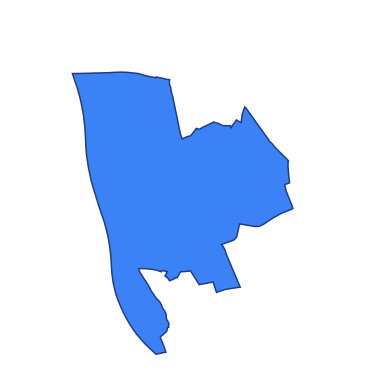 Druten, Gelderland, Netherlands (orthographic projection), rotated 254°
{"feature_id": "6326949B94625978297128", "entity_name": "Druten", "entity_type": "district", "adm_level": 2, "iso_a3": "NLD", "parent_name": "Netherlands", "parent_adm1": "Gelderland", "projection": "orthographic", "projection_center": [5.596, 51.869], "detail": "fine", "context": "isolated", "style": "filled", "palette": "blue", "viewbox_px": 384, "rotation_deg": 254, "n_neighbors": 0, "source": "geoboundaries", "source_scale": "gbopen_adm2", "svg_char_len": 5674}
<svg xmlns="http://www.w3.org/2000/svg" viewBox="0 0 384 384"><g transform="rotate(254 192 192)"><path d="M338.8,109.7L335.2,109.9L329.2,110.1L323.5,110.4L322.4,110.4L320.1,110.4L314.8,110.3L309.7,110.1L307.2,109.9L304.3,109.7L296.2,108.9L294.0,108.6L291.4,108.1L285.2,107.1L282.5,106.6L274.5,104.8L270.3,103.8L267.1,103.0L263.8,102.3L262.3,102.0L260.0,101.5L258.5,101.2L255.7,100.7L248.8,99.8L243.2,99.1L230.3,98.2L217.4,98.3L213.3,98.4L203.4,98.6L198.9,98.8L192.4,99.2L189.4,99.3L186.6,99.4L182.0,99.3L179.6,99.3L175.0,99.1L171.1,98.8L167.7,98.5L163.6,98.0L160.9,97.6L152.9,96.3L146.1,94.8L136.6,92.7L132.7,92.1L126.5,91.2L126.0,91.2L124.3,91.1L122.7,91.0L117.7,90.8L114.0,90.8L111.7,90.9L110.6,90.9L100.9,91.9L97.0,92.5L95.1,92.8L92.6,93.3L88.9,94.0L81.4,95.9L78.0,97.0L76.3,97.5L73.7,98.5L70.9,99.4L67.0,101.2L64.7,102.3L61.2,103.9L59.9,104.5L56.0,106.7L54.7,107.4L49.3,110.7L46.6,112.2L46.0,112.6L45.2,122.8L51.4,122.4L51.5,122.5L53.8,122.2L55.8,122.0L56.9,121.9L57.8,121.8L60.8,121.5L61.2,121.5L61.5,121.8L62.3,123.0L62.2,123.6L62.5,124.3L64.3,127.7L64.5,128.2L64.6,128.5L64.9,129.0L65.0,129.2L65.3,129.5L67.2,130.5L67.8,130.8L68.4,131.2L68.5,131.2L68.4,132.2L68.8,132.3L69.7,132.6L71.1,133.3L71.5,133.4L72.2,133.5L72.5,133.5L73.8,133.3L75.8,132.7L77.3,132.5L77.7,132.5L78.1,132.6L79.9,133.1L80.3,133.2L81.0,133.3L81.7,133.3L82.4,133.3L82.7,133.3L83.4,133.2L85.5,132.8L86.2,132.7L86.5,132.5L87.7,132.0L88.0,131.8L88.3,131.8L89.2,131.7L90.4,131.5L91.7,131.5L92.2,131.5L93.4,131.2L95.6,130.5L96.4,130.2L97.2,129.8L98.5,129.0L100.0,128.3L101.0,127.8L101.8,127.6L103.7,127.1L105.0,126.6L108.0,125.6L109.6,125.2L110.4,125.1L110.7,125.0L112.4,124.8L113.0,124.6L114.8,124.1L116.7,123.6L118.9,123.0L120.2,122.5L122.0,121.9L123.4,121.5L125.4,121.0L125.9,120.9L127.3,120.4L128.6,120.0L130.3,119.6L130.9,119.5L131.2,119.5L131.6,119.5L132.2,119.7L132.8,119.7L132.9,119.8L132.7,120.5L132.6,121.1L132.1,123.0L131.8,124.1L131.5,125.2L130.3,128.2L128.9,131.8L128.7,132.3L126.5,136.6L126.3,136.9L124.7,139.1L123.9,140.3L124.6,140.6L124.6,141.1L124.0,143.1L123.8,143.5L122.8,145.4L122.4,146.1L121.8,145.4L121.6,145.6L120.4,144.7L120.0,144.3L118.8,142.9L118.2,143.4L118.0,143.6L117.6,143.7L117.4,143.8L117.2,143.9L117.1,144.0L117.3,144.4L117.2,144.5L116.6,144.7L116.0,145.0L115.3,145.2L112.8,146.0L112.9,146.5L113.1,148.0L113.4,150.8L113.5,150.9L113.7,151.0L113.8,151.1L113.8,154.3L116.7,157.2L117.4,157.9L118.2,158.7L118.3,158.8L118.4,159.0L118.4,159.5L118.2,160.4L118.0,161.1L117.7,162.1L117.3,164.2L117.1,165.6L116.9,166.7L116.6,168.8L115.9,169.0L101.0,173.4L101.0,173.7L100.7,175.9L100.5,178.1L100.4,179.0L100.4,179.6L100.3,180.0L100.2,180.8L99.8,185.8L99.7,186.9L99.7,187.5L88.7,187.9L88.9,190.9L89.2,196.4L88.7,200.7L88.0,206.7L87.4,211.2L87.2,212.1L99.5,210.6L109.6,209.4L115.1,208.8L117.0,208.5L121.8,207.9L123.0,207.8L125.7,207.7L126.9,207.7L127.9,207.6L129.2,207.3L132.0,206.5L132.3,206.4L133.4,205.8L133.4,206.2L133.9,213.0L134.0,214.8L134.2,216.7L134.3,218.8L134.5,219.5L135.0,220.3L136.2,222.4L136.5,222.6L145.2,227.3L147.6,228.5L148.2,228.8L148.2,229.0L147.8,229.8L147.7,230.0L146.8,232.0L145.2,235.2L144.3,237.1L143.3,239.2L142.3,241.4L141.8,242.4L141.6,242.8L141.5,243.1L141.2,243.9L140.9,245.1L140.8,245.5L140.7,246.1L140.6,247.2L140.6,247.8L140.6,248.2L140.7,248.6L140.7,249.0L140.8,249.4L140.9,249.9L141.0,250.2L141.2,251.5L141.6,252.9L141.7,253.4L142.7,256.2L142.9,256.9L143.2,258.0L144.5,261.8L144.7,262.4L144.7,262.5L145.1,264.1L145.8,267.5L146.2,269.1L146.7,271.2L146.8,272.3L147.3,276.9L148.2,284.4L148.9,284.4L149.4,284.4L151.1,284.4L153.7,284.2L156.2,283.8L157.4,283.7L166.9,282.8L169.7,282.9L171.8,283.0L173.5,283.1L173.6,284.7L173.9,288.3L175.8,288.7L176.0,288.7L181.8,289.6L182.2,289.7L188.7,291.1L188.8,291.1L189.0,291.0L191.6,291.8L195.3,293.0L195.4,292.9L195.5,293.2L197.7,292.1L202.9,289.2L209.3,285.6L212.1,284.1L213.4,283.5L213.9,283.3L214.2,283.2L214.8,283.0L216.6,282.2L217.0,281.9L217.3,281.8L218.4,281.0L219.1,280.5L219.6,280.2L220.2,280.1L220.9,280.2L232.5,276.0L242.2,272.5L247.6,270.6L252.2,269.0L255.3,267.9L257.8,267.0L259.2,266.2L255.4,263.4L253.9,262.4L252.8,261.6L252.5,261.5L252.3,261.3L251.4,261.1L247.2,259.2L246.7,259.0L245.3,258.6L245.6,258.0L246.1,257.4L246.5,256.9L249.0,254.6L247.8,253.2L246.9,252.0L246.1,250.9L245.3,249.8L243.9,248.4L243.0,247.4L245.2,247.2L245.4,245.9L245.5,245.5L245.7,244.9L246.7,242.1L247.1,240.7L247.2,240.4L247.4,239.8L247.7,239.5L250.6,236.2L250.8,235.9L250.9,235.7L252.0,234.0L253.3,232.1L252.8,229.8L252.3,226.5L251.8,223.7L251.5,221.8L251.3,220.4L251.2,220.3L251.1,220.0L251.0,219.3L250.8,218.6L250.5,217.4L250.3,216.5L250.3,216.2L251.0,215.2L251.8,214.0L252.0,213.7L251.9,213.5L250.4,211.7L249.5,210.5L246.6,206.5L246.6,206.3L246.5,206.1L246.4,205.6L246.5,204.2L246.6,203.4L246.6,202.9L246.3,200.6L245.7,197.2L249.7,196.9L251.0,196.9L251.6,196.9L256.4,197.2L262.4,197.7L262.6,197.7L266.7,198.1L272.4,198.5L277.5,198.9L287.8,199.7L288.4,199.8L288.9,199.8L291.7,199.7L293.3,199.8L294.9,199.8L295.4,199.9L296.6,200.0L296.9,200.0L297.7,200.3L298.4,200.4L301.1,200.1L301.4,200.1L301.7,200.1L302.4,200.1L303.6,200.5L304.3,200.7L305.1,201.0L306.1,201.5L306.6,200.4L306.8,199.9L307.1,199.2L308.3,197.0L309.3,195.2L312.0,190.2L312.5,189.1L312.4,189.0L311.8,188.8L312.2,187.9L314.7,182.9L315.6,181.2L316.5,179.7L317.8,177.6L320.0,174.1L320.3,173.6L320.8,172.6L321.3,171.6L322.0,169.8L322.3,169.3L322.7,168.1L322.9,167.4L324.2,164.4L325.2,161.7L325.9,159.4L326.0,159.2L326.2,158.7L327.1,155.6L327.3,154.8L328.4,150.4L329.8,144.3L331.5,137.7L332.3,134.5L333.1,131.6L333.7,129.5L334.0,128.3L334.0,128.2L333.9,127.9L334.7,125.2L336.5,118.2L338.8,109.7Z" fill="#3b82f6" stroke="#1e3a8a" stroke-width="1.5"/></g></svg>